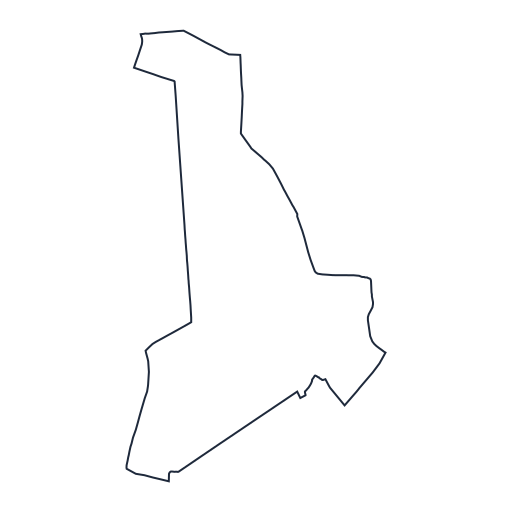 the district of Tan Chau, An Giang, Vietnam
{"feature_id": "81297802B24408052099516", "entity_name": "Tan Chau", "entity_type": "district", "adm_level": 2, "iso_a3": "VNM", "parent_name": "Vietnam", "parent_adm1": "An Giang", "projection": "robinson", "projection_center": [105.189, 10.814], "detail": "fine", "context": "isolated", "style": "outline", "palette": "slate", "viewbox_px": 512, "rotation_deg": 0, "n_neighbors": 0, "source": "geoboundaries", "source_scale": "gbopen_adm2", "svg_char_len": 3185}
<svg xmlns="http://www.w3.org/2000/svg" viewBox="0 0 512 512"><path d="M126.7,468.8L135.8,473.8L144.4,475.2L152.9,477.5L161.4,479.5L168.8,481.3L169.0,473.8L169.2,473.3L169.8,472.3L170.2,472.0L170.9,471.5L171.6,471.5L172.9,471.6L174.2,471.8L176.7,471.7L177.9,471.9L178.6,471.7L203.0,455.1L220.4,443.3L257.2,418.5L297.2,391.6L300.3,398.0L305.5,395.3L305.6,395.1L305.0,392.7L304.9,391.8L305.0,391.4L306.1,390.4L307.7,388.5L308.5,387.7L310.1,385.2L311.1,383.4L311.6,382.1L312.1,380.8L312.0,380.2L312.2,379.5L313.6,377.6L314.7,375.8L315.0,375.6L315.4,375.6L317.0,376.4L317.4,376.8L317.9,377.1L318.5,377.2L318.8,377.3L319.0,377.6L319.3,378.0L319.6,378.3L320.4,378.7L321.2,379.2L321.8,379.6L322.2,380.0L323.4,379.9L323.9,379.7L325.4,379.2L328.8,385.6L330.0,387.7L335.2,394.0L344.6,405.4L356.5,391.7L358.7,389.0L359.1,388.4L372.6,372.6L379.5,363.4L384.9,353.7L385.5,352.6L384.0,351.7L381.4,349.7L379.4,348.3L376.4,346.0L374.2,343.9L372.3,341.4L370.2,336.2L369.2,329.2L367.9,320.3L367.9,317.1L368.8,314.2L370.6,310.9L372.5,307.2L373.0,304.1L373.0,302.1L371.9,296.5L371.9,294.6L371.5,292.3L371.4,290.1L371.2,285.3L371.0,280.9L370.6,279.4L369.8,278.6L369.4,278.5L368.0,278.0L367.2,277.5L365.0,277.4L364.1,277.0L362.8,277.0L362.2,276.9L361.8,276.9L359.2,275.8L354.0,275.3L344.2,275.2L335.6,275.2L332.3,275.1L328.4,274.8L322.3,274.4L317.7,273.7L315.7,272.4L314.7,271.0L313.6,268.1L310.6,259.9L308.2,252.2L304.5,238.1L302.2,230.5L301.8,229.5L297.2,216.5L297.3,214.0L293.5,206.9L292.5,205.4L289.3,199.4L287.6,196.4L284.9,191.3L284.0,189.8L281.7,185.1L281.0,183.7L277.6,177.2L275.0,172.4L272.9,168.6L269.3,164.3L265.4,160.7L264.1,159.7L261.8,157.4L257.5,153.7L251.4,148.5L250.4,146.9L248.9,144.8L245.3,139.8L240.9,133.6L240.9,132.0L240.9,131.8L241.3,124.8L241.7,117.6L242.0,111.0L242.4,104.0L242.4,101.4L242.6,96.0L242.4,92.3L241.9,87.9L241.6,85.0L241.4,80.8L241.3,78.1L241.0,73.0L240.9,70.7L240.7,65.1L240.6,63.2L240.4,57.3L240.2,54.9L229.0,54.4L224.6,52.3L220.6,50.0L209.0,44.2L205.5,42.4L193.8,36.0L189.6,33.8L183.6,30.7L177.3,31.1L172.0,31.6L162.1,32.3L158.9,32.5L154.5,33.1L151.0,33.4L148.2,33.7L145.1,33.6L143.4,33.9L140.7,34.2L141.2,36.1L141.9,38.1L142.1,39.3L142.2,41.2L142.1,42.4L141.8,44.6L140.3,49.1L138.1,55.8L136.8,59.4L135.1,64.3L134.0,67.7L140.2,69.8L145.2,71.5L153.6,74.3L155.5,75.0L158.9,76.2L161.5,77.1L174.1,81.0L174.6,81.5L175.7,96.2L178.4,138.4L184.5,225.3L184.7,229.2L184.9,231.6L185.2,236.1L185.5,239.8L185.7,242.9L185.9,245.2L186.2,249.4L186.5,252.3L186.8,256.0L186.9,258.7L187.0,260.5L187.3,263.4L187.6,267.1L187.8,270.4L188.0,272.9L188.2,275.7L188.4,279.1L188.6,280.9L188.7,283.0L188.9,285.1L189.1,287.3L189.4,291.8L189.7,295.7L189.9,298.1L190.2,301.4L190.5,305.4L190.7,309.3L191.2,317.7L191.2,319.8L191.2,322.2L189.2,323.4L177.8,329.8L166.9,335.8L163.3,337.8L155.8,341.9L152.5,344.0L148.9,347.4L145.6,350.7L146.0,352.7L147.6,358.6L148.2,361.3L148.5,365.8L148.9,371.9L148.5,378.3L148.1,384.7L147.9,386.5L147.1,391.6L144.8,398.1L143.5,402.5L141.5,409.3L139.6,416.0L137.8,422.7L135.8,429.8L133.0,437.6L131.5,443.7L130.5,446.7L129.4,451.7L128.6,455.9L128.5,456.0L128.2,457.4L127.6,460.7L126.6,465.2L126.5,467.8L126.7,468.8Z" fill="none" stroke="#1e293b" stroke-width="2"/></svg>